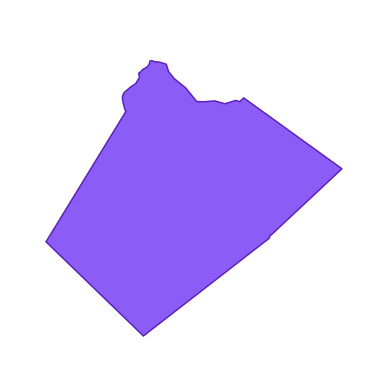 Mailly Motete, Soufrière, Saint Lucia, rotated 172°
{"feature_id": "8701671B87910523251509", "entity_name": "Mailly Motete", "entity_type": "district", "adm_level": 2, "iso_a3": "LCA", "parent_name": "Saint Lucia", "parent_adm1": "Soufrière", "projection": "mercator", "projection_center": [-61.027, 13.818], "detail": "fine", "context": "isolated", "style": "filled", "palette": "violet", "viewbox_px": 384, "rotation_deg": 172, "n_neighbors": 0, "source": "geoboundaries", "source_scale": "gbopen_adm2", "svg_char_len": 2183}
<svg xmlns="http://www.w3.org/2000/svg" viewBox="0 0 384 384"><g transform="rotate(172 192 192)"><path d="M40.5,194.0L40.9,194.7L127.7,278.0L132.3,274.8L135.9,276.6L147.2,274.8L156.8,279.1L167.5,279.7L174.7,280.9L183.6,295.7L193.8,306.7L198.5,314.7L199.7,322.1L206.3,325.2L211.7,326.4L213.4,327.8L215.3,327.6L215.4,327.2L215.6,326.8L215.8,326.4L215.9,326.0L216.1,325.6L216.3,325.2L216.5,324.9L216.7,324.5L216.9,324.1L217.3,323.7L217.6,323.4L217.9,323.1L218.2,322.8L218.5,322.6L218.8,322.3L219.1,322.1L219.5,321.9L219.9,321.7L220.3,321.5L220.8,321.3L221.2,321.1L221.6,321.0L222.1,320.8L222.4,320.7L222.8,320.6L223.1,320.5L223.3,320.4L223.8,320.1L224.0,320.0L224.2,319.8L224.6,319.5L224.9,319.2L225.3,318.8L225.6,318.4L226.0,318.1L226.2,317.9L226.6,317.7L227.0,317.9L227.4,317.8L227.7,317.6L227.9,317.2L228.2,316.8L228.4,316.4L228.4,315.8L228.3,315.4L228.2,314.9L228.0,314.6L228.0,314.2L228.0,313.6L228.1,313.1L228.2,312.7L228.3,312.5L228.5,312.1L228.7,311.8L229.0,311.5L229.3,311.2L229.6,310.9L229.9,310.6L230.2,310.3L230.5,309.9L230.7,309.6L230.9,309.3L231.2,308.9L231.4,308.6L231.7,308.2L232.1,307.8L232.3,307.5L232.6,307.3L233.1,307.0L233.4,306.8L233.8,306.6L234.1,306.4L234.5,306.2L235.0,306.0L235.4,305.8L235.7,305.7L235.9,305.6L236.3,305.4L236.6,305.3L237.1,305.0L237.4,304.9L237.7,304.7L238.1,304.5L238.5,304.3L238.9,304.0L239.1,303.9L239.5,303.7L239.9,303.4L240.2,303.2L240.6,303.0L241.0,302.7L241.4,302.5L241.8,302.2L242.1,301.9L242.5,301.7L242.8,301.5L243.1,301.4L243.5,301.1L243.8,300.9L244.2,300.7L244.4,300.5L244.7,300.3L245.1,299.9L245.4,299.7L245.7,299.3L246.0,299.0L246.2,298.6L246.5,298.2L246.8,297.8L247.0,297.4L247.2,297.0L247.3,296.7L247.4,296.3L247.6,295.9L247.7,295.6L247.8,295.1L247.8,294.8L247.9,294.3L247.9,293.9L247.9,293.5L247.9,293.2L247.9,292.8L247.9,292.3L247.8,291.6L247.8,291.2L247.8,290.9L247.8,290.5L247.8,290.1L247.7,289.5L247.7,289.0L247.6,288.5L247.5,288.1L247.5,287.8L247.4,287.3L247.4,286.9L247.3,286.4L247.3,286.0L247.3,285.6L247.2,284.9L247.2,284.6L247.1,284.1L247.0,283.7L246.9,283.3L246.9,282.8L246.8,282.3L246.3,280.9L343.5,163.0L260.2,56.2L121.9,135.5L121.4,137.2L40.5,194.0Z" fill="#8b5cf6" stroke="#5b21b6" stroke-width="1.5"/></g></svg>